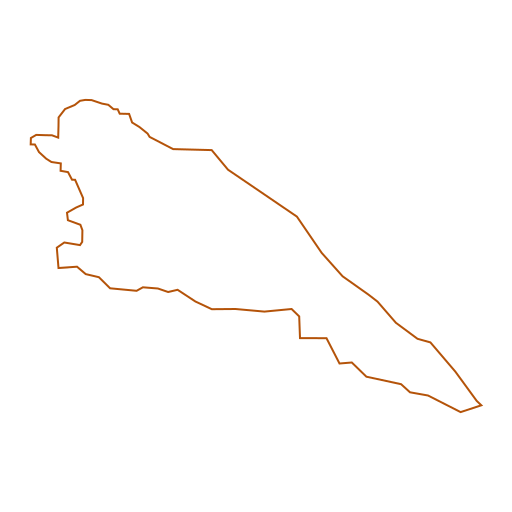 outline of Akdarya, Samarkand, Uzbekistan
{"feature_id": "79887680B91755073573876", "entity_name": "Akdarya", "entity_type": "district", "adm_level": 2, "iso_a3": "UZB", "parent_name": "Uzbekistan", "parent_adm1": "Samarkand", "projection": "albers", "projection_center": [66.738, 39.79], "detail": "fine", "context": "isolated", "style": "outline", "palette": "amber", "viewbox_px": 512, "rotation_deg": 0, "n_neighbors": 0, "source": "geoboundaries", "source_scale": "gbopen_adm2", "svg_char_len": 1085}
<svg xmlns="http://www.w3.org/2000/svg" viewBox="0 0 512 512"><path d="M235.5,309.0L264.4,311.6L291.6,309.0L299.2,316.4L300.0,338.1L326.5,338.2L339.5,363.5L351.8,362.5L366.4,376.7L401.1,384.2L410.0,392.3L428.0,395.5L460.6,412.1L481.3,405.3L476.7,400.9L455.4,371.7L430.4,342.4L417.5,338.8L395.9,322.8L377.5,301.6L368.3,294.5L342.6,276.3L321.7,252.9L296.9,216.6L228.0,169.7L211.7,150.1L173.1,149.1L149.6,136.9L147.6,133.6L139.4,127.0L132.1,122.5L129.1,113.9L119.7,113.7L117.7,109.3L113.5,109.2L108.3,104.8L102.0,103.6L91.6,100.1L85.3,99.9L80.0,100.8L74.7,105.0L65.1,109.0L58.6,117.4L58.5,125.9L58.2,137.6L52.0,135.3L45.6,135.2L36.2,134.9L30.9,138.0L30.7,144.4L34.9,144.5L39.0,152.1L46.2,158.7L51.4,162.0L60.8,163.4L60.6,170.8L68.0,172.1L72.0,179.7L75.1,179.8L83.1,198.1L83.0,204.5L76.2,207.5L67.0,212.7L67.9,220.2L80.4,224.8L82.4,230.2L82.2,241.9L80.0,245.1L64.3,242.5L56.8,247.7L58.5,268.0L77.0,266.7L85.7,274.1L98.9,277.2L110.1,288.3L136.6,290.8L142.9,287.3L157.9,288.5L168.1,292.0L177.6,289.8L195.4,301.5L211.8,309.2L235.5,309.0Z" fill="none" stroke="#b45309" stroke-width="2"/></svg>